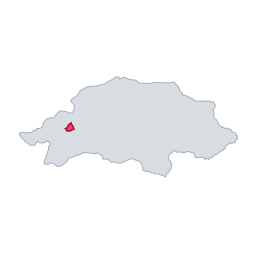 Uulbayan, Sühbaatar, Mongolia (highlighted), rotated 175°
{"feature_id": "93677404B28478416756495", "entity_name": "Uulbayan", "entity_type": "district", "adm_level": 2, "iso_a3": "MNG", "parent_name": "Mongolia", "parent_adm1": "Sühbaatar", "projection": "mercator", "projection_center": [112.341, 46.503], "detail": "fine", "context": "in_parent", "style": "filled", "palette": "rose", "viewbox_px": 256, "rotation_deg": 175, "n_neighbors": 0, "source": "geoboundaries", "source_scale": "gbopen_adm2", "svg_char_len": 3929}
<svg xmlns="http://www.w3.org/2000/svg" viewBox="0 0 256 256"><g transform="rotate(175 128 128)"><path d="M20.0,107.3L20.8,107.3L22.0,106.3L22.1,105.0L22.5,104.3L25.5,103.9L26.8,104.3L27.1,103.5L27.3,103.4L28.0,104.1L28.7,103.8L29.2,103.5L29.6,102.5L30.6,102.6L32.4,101.5L32.3,99.6L33.0,99.1L34.6,98.7L34.8,97.8L35.1,97.6L36.2,97.4L38.2,96.3L39.1,96.2L39.9,95.4L41.6,94.2L44.3,93.6L44.5,93.1L46.9,91.2L49.5,91.2L50.2,89.6L50.6,89.4L52.5,91.3L53.2,91.1L53.5,90.3L54.6,90.3L55.0,91.7L55.7,92.2L63.4,92.7L63.7,93.2L64.1,96.2L65.5,97.7L65.9,98.3L68.0,98.1L69.2,99.3L71.1,99.2L72.0,99.5L73.8,98.4L74.2,98.4L74.8,99.0L75.7,98.6L77.3,99.6L78.6,99.4L79.3,99.9L80.0,99.5L81.9,99.8L83.4,101.4L84.4,101.3L85.6,100.2L85.9,99.5L87.7,99.1L88.7,98.4L89.4,97.8L90.4,95.4L90.6,92.9L89.7,92.6L88.9,91.8L88.5,90.4L88.4,89.5L87.5,88.1L87.6,87.4L88.1,86.2L88.4,84.2L89.0,83.1L90.2,82.5L90.3,81.7L91.1,80.2L93.0,79.3L94.1,77.6L94.7,75.8L95.7,76.7L98.2,78.0L100.3,78.5L101.7,79.8L105.4,80.1L111.5,83.1L112.8,82.9L116.5,84.2L116.8,84.6L116.7,86.8L117.0,87.4L117.2,89.8L117.9,91.0L117.7,92.4L118.0,92.8L118.9,93.0L120.3,94.5L123.6,95.5L124.5,96.5L126.7,97.1L127.9,96.7L129.7,97.0L130.4,96.8L131.6,95.7L132.4,95.4L136.6,94.5L137.8,93.7L138.5,93.6L141.9,94.3L144.2,95.4L147.5,95.3L149.1,96.5L149.7,97.7L151.0,98.7L155.6,99.1L155.9,99.4L155.8,101.8L156.0,102.2L159.0,104.9L160.3,105.6L164.6,105.5L171.1,107.2L172.6,106.7L174.0,107.6L174.5,107.5L178.7,105.3L179.4,105.4L183.7,104.6L186.5,103.5L188.6,103.6L190.3,102.6L191.1,100.7L193.8,98.5L198.7,95.7L201.7,96.1L203.5,97.1L205.3,99.1L206.3,99.7L208.3,99.8L211.1,98.5L212.6,98.8L213.9,99.4L214.8,100.4L210.4,110.6L210.4,111.2L209.0,113.3L208.8,116.6L207.0,117.8L207.2,119.7L207.6,120.4L209.5,122.3L210.2,122.1L210.7,121.3L211.8,120.6L213.7,120.8L215.3,120.5L217.4,121.1L219.3,122.7L222.1,119.3L224.7,118.9L227.1,119.3L228.8,121.6L231.0,122.6L231.5,123.9L232.4,124.4L232.6,125.1L235.2,127.7L235.8,129.4L236.5,130.6L236.5,131.8L236.3,132.4L235.2,133.0L231.5,132.7L229.4,131.5L228.6,132.2L225.8,131.9L224.2,132.4L223.1,132.9L222.4,133.7L222.0,133.9L221.5,133.9L220.6,133.2L219.9,133.2L219.7,133.4L219.2,135.4L216.8,135.4L216.0,135.2L214.0,136.1L213.7,136.9L212.6,138.0L211.6,140.0L211.8,140.9L211.5,141.5L209.8,142.6L208.0,144.2L204.5,144.8L202.9,145.0L201.7,144.6L200.5,144.8L199.5,146.6L197.2,148.9L193.9,151.0L188.0,149.7L187.2,149.4L186.0,148.0L182.5,148.0L181.5,148.9L180.6,150.2L179.2,154.6L180.5,157.0L182.1,158.7L182.7,159.8L182.8,160.7L181.7,161.2L180.1,162.7L176.5,164.2L172.4,169.4L165.3,172.5L160.8,172.7L157.4,172.4L147.9,173.9L141.8,176.6L137.3,178.9L136.3,180.0L135.8,180.2L135.0,179.7L132.6,179.6L132.6,177.6L127.3,178.8L123.0,176.4L116.8,175.1L115.5,174.5L113.4,171.9L112.3,171.6L109.6,171.5L102.1,170.3L98.6,171.3L83.4,169.3L77.8,169.9L77.6,169.7L77.2,168.0L74.6,165.4L74.3,164.8L74.2,163.8L72.0,158.5L70.7,157.7L70.8,155.4L68.8,155.6L66.5,154.7L64.2,153.1L63.1,152.0L61.4,151.7L59.4,149.5L58.5,149.1L53.5,148.2L51.1,148.5L48.4,147.9L45.4,147.8L44.5,147.4L43.6,147.5L41.8,146.5L40.6,146.7L39.2,143.5L39.5,141.6L40.1,140.4L41.5,138.6L41.5,137.9L40.9,136.3L41.7,133.4L41.4,131.6L40.6,129.6L39.6,129.1L38.1,126.3L37.6,124.1L37.0,122.6L35.4,121.7L34.9,120.4L34.4,120.3L34.1,120.7L33.2,120.9L32.3,120.1L31.8,119.1L31.2,118.9L30.2,118.9L29.3,119.3L28.3,119.1L27.4,118.3L25.1,116.9L25.1,115.9L24.7,115.3L24.0,115.1L23.3,114.4L21.1,113.5L21.0,113.0L21.6,112.0L20.1,111.1L19.5,110.2L20.4,109.0L20.0,108.1L20.0,107.3Z" fill="#d9dde1" stroke="#a8b0b8" stroke-width="1"/><path d="M186.2,136.9L187.2,136.1L187.6,135.5L187.7,135.3L188.0,134.5L189.3,133.1L190.4,132.8L189.5,131.5L189.1,130.4L187.6,130.3L186.4,130.0L185.8,130.4L185.2,130.4L184.9,130.5L184.4,130.6L184.2,130.8L183.7,131.2L183.4,131.3L181.9,131.6L182.0,132.1L182.3,133.1L182.6,134.4L182.9,134.7L183.0,135.2L183.3,135.7L184.0,136.5L184.3,138.1L185.9,137.1L186.0,137.0L186.2,136.9Z" fill="#f43f5e" stroke="#9f1239" stroke-width="1.5"/></g></svg>